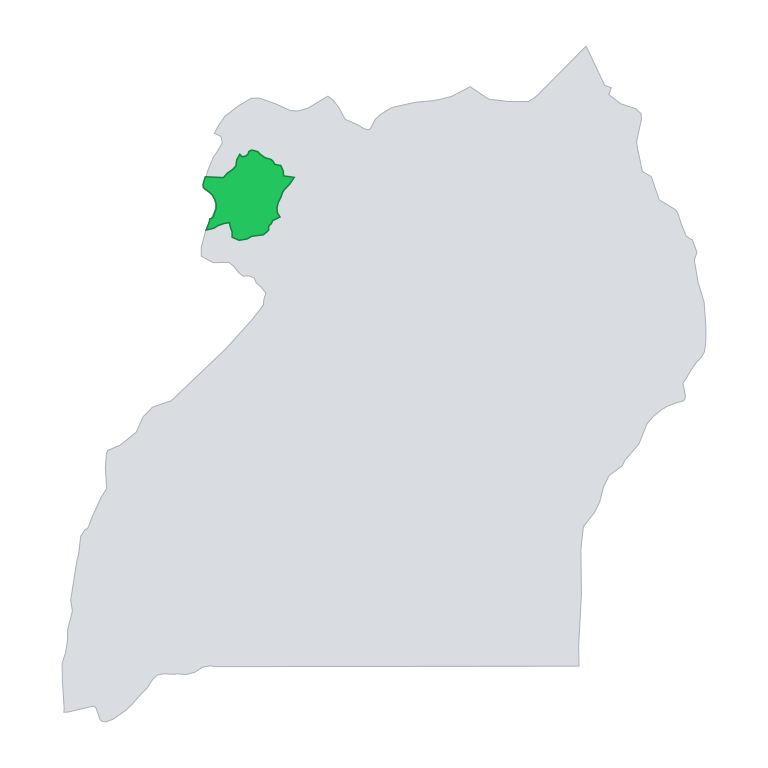 Uganda, with Arua highlighted
{"feature_id": "UGA-3080", "entity_name": "Arua", "entity_type": "County", "adm_level": 1, "iso_a3": "UGA", "parent_name": "Uganda", "parent_adm1": "", "projection": "albers", "projection_center": [31.087, 2.968], "detail": "fine", "context": "in_parent", "style": "filled", "palette": "green", "viewbox_px": 768, "rotation_deg": 0, "n_neighbors": 0, "source": "natural_earth", "source_scale": "10m", "svg_char_len": 3160}
<svg xmlns="http://www.w3.org/2000/svg" viewBox="0 0 768 768"><path d="M579.0,666.1L566.0,666.2L544.9,666.2L523.7,666.3L502.5,666.3L481.4,666.3L460.2,666.4L439.0,666.4L417.9,666.4L396.7,666.5L375.5,666.5L354.4,666.5L333.2,666.5L312.0,666.5L290.9,666.5L269.7,666.6L248.5,666.6L227.4,666.6L214.9,666.6L212.4,666.2L210.6,665.7L202.6,667.2L194.4,672.4L185.6,674.6L176.2,673.7L175.0,674.3L170.2,674.1L163.4,673.8L157.2,675.1L152.4,679.7L147.6,687.5L138.9,696.4L132.1,704.3L126.3,709.9L113.1,719.2L105.9,721.9L102.3,721.5L100.1,719.8L96.0,707.9L93.5,706.0L67.8,712.1L63.9,712.2L64.2,708.5L62.4,680.6L62.1,663.5L65.5,652.8L67.5,640.5L67.7,629.6L72.4,611.1L70.7,600.0L76.8,561.1L78.5,554.8L80.8,536.0L84.7,530.2L88.0,527.9L92.4,516.4L100.8,497.9L106.7,488.4L105.4,467.7L106.4,453.6L107.7,450.4L120.1,445.2L136.3,432.1L143.1,416.8L152.7,407.0L171.3,400.7L226.6,348.0L252.2,319.5L263.4,305.0L263.8,299.8L265.9,292.9L261.4,287.5L256.1,282.7L254.3,278.2L249.7,276.0L243.1,276.1L238.8,272.8L233.8,266.4L228.9,262.4L213.2,262.7L201.2,256.2L201.3,247.3L206.0,229.7L215.2,209.7L215.7,204.1L214.4,199.4L212.2,195.3L208.1,191.3L204.2,186.5L207.2,172.1L213.0,157.9L217.7,150.8L222.3,142.9L221.0,136.4L214.3,133.2L217.8,126.8L225.0,116.1L239.1,105.4L251.5,98.2L259.7,98.1L275.8,103.9L290.3,110.6L298.3,111.0L308.0,108.1L328.0,96.1L332.8,99.9L338.7,107.2L345.1,119.3L357.7,124.8L363.8,128.6L368.1,129.7L370.5,128.7L375.3,119.2L381.1,114.0L391.8,107.5L415.4,102.3L432.2,100.7L439.3,99.5L451.3,96.5L470.2,86.7L488.8,99.2L509.0,101.6L528.5,101.5L534.5,97.7L537.9,94.7L558.4,74.1L586.1,46.1L604.7,85.4L611.1,87.6L610.2,91.1L608.6,94.4L620.7,103.8L635.7,108.7L641.0,113.6L641.5,118.9L636.5,141.9L637.5,148.4L642.4,171.5L651.3,176.6L659.2,199.8L675.2,209.5L677.5,212.4L681.2,223.6L686.1,235.9L689.9,238.7L692.2,239.5L697.0,252.5L694.3,259.9L698.0,282.1L704.1,302.1L705.8,325.9L705.9,336.4L705.7,342.8L704.4,351.8L701.5,357.1L696.5,362.2L690.9,370.2L686.0,378.8L682.9,383.0L685.4,395.9L684.8,399.3L683.4,400.9L676.2,402.9L667.0,406.4L661.4,409.8L653.5,416.3L647.2,423.4L638.8,444.2L624.8,460.4L622.4,465.7L609.2,475.4L603.4,487.3L599.7,501.9L594.6,512.3L583.4,526.7L580.9,549.3L581.4,594.5L578.6,645.9L579.0,666.1Z" fill="#d9dde1" stroke="#a8b0b8" stroke-width="1"/><path d="M206.2,230.0L209.4,221.4L209.5,220.8L209.6,219.6L209.8,218.9L210.4,218.6L211.8,218.3L212.3,218.1L213.1,216.9L216.0,208.9L216.2,204.2L214.9,199.5L212.1,194.7L210.1,192.8L204.6,188.9L203.2,187.2L203.0,184.9L203.5,182.4L205.3,176.8L210.6,177.0L223.4,177.6L227.6,172.9L232.5,169.6L235.9,166.0L236.7,159.9L239.8,154.3L242.3,156.8L245.6,156.1L247.9,154.3L248.9,151.5L251.3,150.1L254.3,150.6L257.8,151.7L260.1,154.1L265.0,157.7L271.0,159.4L273.2,161.4L274.6,164.2L277.4,165.0L280.7,165.4L283.1,170.6L283.7,175.9L294.2,177.4L289.8,184.0L284.4,189.7L282.7,192.2L281.1,196.8L278.1,202.9L277.0,207.8L277.4,212.7L280.0,217.0L274.7,219.7L272.5,220.7L272.0,222.3L270.9,224.2L269.2,225.5L268.6,227.3L268.8,229.7L267.5,231.4L263.3,234.8L251.8,236.3L247.0,239.0L239.1,240.3L232.1,237.2L232.1,231.8L230.5,227.5L229.4,222.7L224.4,223.4L217.8,225.7L213.7,228.3L206.2,230.0Z" fill="#22c55e" stroke="#15803d" stroke-width="1.5"/></svg>